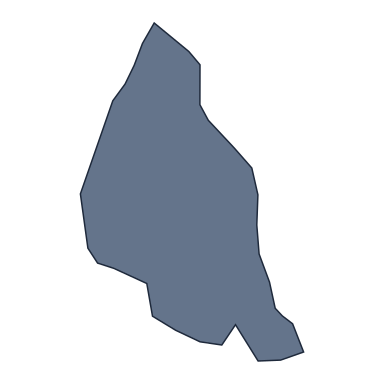 map outline of Namutumba (Robinson projection)
{"feature_id": "UGA-3073", "entity_name": "Namutumba", "entity_type": "County", "adm_level": 1, "iso_a3": "UGA", "parent_name": "Uganda", "parent_adm1": "", "projection": "robinson", "projection_center": [33.694, 0.883], "detail": "fine", "context": "isolated", "style": "filled", "palette": "slate", "viewbox_px": 384, "rotation_deg": 0, "n_neighbors": 0, "source": "natural_earth", "source_scale": "10m", "svg_char_len": 507}
<svg xmlns="http://www.w3.org/2000/svg" viewBox="0 0 384 384"><path d="M152.5,316.2L146.8,283.5L113.7,268.3L97.6,263.1L87.9,248.2L80.4,193.9L112.8,100.8L125.1,84.0L134.2,65.3L142.5,43.4L154.2,23.0L188.8,51.5L200.0,64.8L199.9,104.7L208.3,120.3L234.5,148.3L251.8,168.0L257.9,194.8L256.8,225.0L259.1,254.0L269.5,282.1L275.2,308.3L282.3,315.9L292.6,323.8L303.6,352.0L280.6,360.1L258.1,361.0L235.5,324.7L221.8,345.0L200.0,341.8L175.7,330.3L152.5,316.2Z" fill="#64748b" stroke="#1e293b" stroke-width="1.5"/></svg>